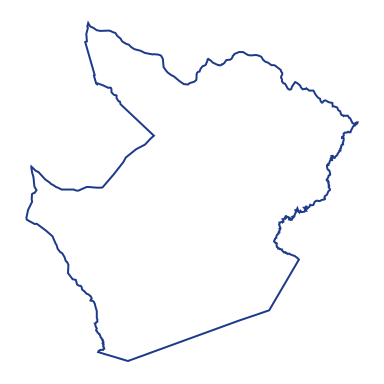 Chikankanta, Southern, Zambia
{"feature_id": "96606910B6098711564137", "entity_name": "Chikankanta", "entity_type": "district", "adm_level": 2, "iso_a3": "ZMB", "parent_name": "Zambia", "parent_adm1": "Southern", "projection": "natural_earth1", "projection_center": [28.303, -16.032], "detail": "fine", "context": "isolated", "style": "outline", "palette": "blue", "viewbox_px": 384, "rotation_deg": 0, "n_neighbors": 0, "source": "geoboundaries", "source_scale": "gbopen_adm2", "svg_char_len": 5895}
<svg xmlns="http://www.w3.org/2000/svg" viewBox="0 0 384 384"><path d="M357.6,122.3L356.9,122.3L354.6,123.6L353.5,123.6L352.5,123.1L350.1,118.2L349.1,117.8L347.9,115.8L346.9,115.6L345.5,115.9L344.0,115.5L343.5,116.0L342.7,115.3L341.6,115.0L341.0,114.1L340.2,111.3L338.3,110.2L337.1,107.4L335.5,107.0L334.7,106.5L332.7,106.4L332.3,102.9L329.0,102.3L325.4,100.4L323.9,100.8L322.5,102.5L322.1,102.7L321.5,102.3L320.6,101.1L320.0,98.7L318.2,97.8L316.1,95.4L314.5,92.7L314.1,91.6L313.3,90.6L309.2,90.6L306.3,88.3L305.4,89.1L304.6,88.9L302.6,89.3L300.8,87.2L300.2,85.6L297.1,83.0L295.1,82.1L291.9,86.8L291.2,89.1L289.8,89.7L288.5,89.1L287.8,88.6L285.1,83.8L283.3,83.2L282.0,81.3L281.9,79.0L281.2,78.0L281.0,77.0L282.2,74.4L282.3,73.5L282.1,72.7L281.1,71.5L280.8,70.0L275.0,65.5L274.0,65.2L271.3,65.1L268.3,62.8L265.0,61.5L263.0,59.7L261.6,57.2L260.8,56.5L258.0,55.4L256.1,55.0L250.9,55.4L248.2,55.1L245.5,53.6L243.3,52.1L239.2,52.0L234.4,54.0L233.7,55.2L232.7,56.0L232.6,56.9L231.4,58.9L230.0,59.7L226.3,60.1L224.4,62.9L223.1,64.0L222.0,64.2L221.6,64.9L220.2,65.4L218.8,65.0L218.3,65.2L212.8,62.6L210.9,60.7L208.2,58.9L207.5,59.6L207.6,60.2L205.7,64.8L204.5,65.6L202.8,66.1L200.7,68.6L199.5,71.6L198.2,71.8L197.2,72.7L196.6,74.2L196.5,78.4L196.2,80.1L194.1,81.8L189.7,83.1L188.0,84.5L183.8,84.1L179.1,80.8L173.9,76.4L171.4,75.2L167.9,72.7L166.1,70.7L163.6,67.1L162.9,59.1L161.3,56.0L160.6,55.4L158.3,54.6L153.9,54.2L152.4,54.4L144.8,52.9L140.7,50.8L134.5,49.2L131.3,47.2L128.8,44.7L126.1,43.8L122.7,41.8L121.8,40.9L120.6,38.7L117.3,35.9L115.3,32.9L112.9,32.2L110.6,31.0L108.8,30.6L100.2,30.9L96.7,30.2L92.9,27.6L91.0,26.9L89.8,25.9L88.2,23.0L87.3,26.4L87.9,27.9L86.3,33.9L86.9,41.4L85.2,42.0L94.7,75.1L93.9,75.5L96.1,83.4L96.9,84.1L97.0,83.2L103.2,85.4L108.2,87.8L110.4,87.6L110.8,87.8L111.4,88.9L111.5,92.3L113.8,94.7L114.7,95.1L116.1,95.2L116.6,95.6L116.5,98.0L118.5,101.2L119.9,101.6L120.5,104.2L153.9,135.7L150.3,138.9L145.0,144.6L136.3,149.1L125.8,157.5L123.2,162.3L113.6,174.5L102.7,187.2L101.5,187.7L96.9,187.7L87.9,186.9L86.3,187.1L78.2,190.7L76.0,190.5L73.7,189.5L61.5,189.5L58.3,187.8L56.2,187.1L53.7,185.4L51.0,183.9L49.7,182.6L45.2,179.4L38.6,172.2L35.6,170.7L31.4,166.6L31.3,167.6L32.1,172.4L33.5,177.4L34.4,186.6L36.5,190.2L34.6,192.9L32.7,193.5L32.0,194.2L31.7,199.4L32.1,201.5L32.0,202.0L28.1,209.8L26.4,217.8L26.8,219.7L34.6,224.0L36.8,223.8L45.7,230.4L52.5,236.3L55.4,243.1L56.6,245.2L57.7,248.9L60.2,252.1L62.2,253.2L64.5,257.1L65.8,261.0L67.2,262.2L68.4,264.8L68.0,273.1L72.6,279.2L75.8,279.9L77.1,284.5L79.1,285.8L80.6,285.8L81.6,287.0L82.1,289.5L84.7,291.6L86.1,293.4L88.5,294.5L90.7,296.3L91.7,298.2L90.5,300.5L90.9,300.6L91.4,300.4L91.6,300.8L92.3,300.8L93.6,301.5L94.9,304.0L95.4,306.5L96.8,311.1L96.8,318.0L97.3,319.3L97.3,321.8L96.2,322.3L95.5,323.6L94.9,323.6L95.4,324.9L95.6,326.4L96.8,328.4L96.5,328.9L96.1,330.5L96.9,331.0L97.6,332.7L98.5,333.2L99.0,334.1L99.6,334.2L100.8,337.5L101.4,337.9L101.5,338.6L102.5,339.4L102.3,340.1L102.8,340.3L103.5,342.1L103.2,342.5L102.8,342.3L102.6,343.3L103.1,343.6L103.1,344.5L103.6,344.5L103.2,346.5L104.0,347.4L103.7,348.0L104.2,348.8L103.4,349.3L103.1,349.9L101.8,349.8L99.6,350.2L99.1,351.3L98.5,351.2L98.1,352.1L127.9,361.0L238.7,320.7L269.2,310.3L298.9,259.6L297.5,258.1L294.9,256.1L290.1,254.3L289.2,253.6L287.9,254.0L287.6,253.6L286.8,253.5L286.5,253.0L285.7,252.9L285.5,252.5L285.3,252.7L284.6,252.2L284.0,252.4L282.3,250.7L281.9,249.5L281.4,249.7L280.3,249.0L279.7,249.1L279.4,248.7L278.7,248.7L278.6,248.4L278.1,248.5L277.8,247.4L276.9,247.0L276.5,244.9L276.8,243.4L276.0,242.9L275.5,243.0L275.2,242.4L274.1,241.6L274.1,241.2L274.5,240.0L275.1,239.2L275.1,238.7L275.8,237.9L276.3,237.8L276.3,236.5L277.2,234.6L278.2,234.1L278.3,233.2L279.1,232.7L278.8,232.2L279.4,231.9L279.2,231.1L280.0,229.5L279.6,228.8L280.3,228.5L280.0,228.0L280.2,227.4L279.1,224.7L279.4,224.3L279.7,223.1L278.6,222.5L279.9,222.6L282.1,221.7L282.5,222.2L282.9,221.5L283.4,221.6L283.4,220.3L282.6,219.2L283.8,218.9L284.4,218.4L285.1,218.7L285.3,218.1L285.8,218.2L286.2,217.4L285.3,217.0L285.6,216.2L286.2,216.1L286.8,216.8L287.8,216.9L289.8,218.0L289.6,218.8L288.9,218.9L289.1,219.5L289.6,219.4L290.5,219.9L291.2,219.2L291.8,219.7L292.8,218.0L293.7,217.1L293.4,216.9L292.5,217.2L292.2,216.9L293.5,216.2L294.4,216.2L294.8,214.3L295.6,212.9L295.6,212.3L297.1,211.2L295.6,210.7L295.4,210.1L296.8,209.7L297.4,208.3L298.7,211.8L299.4,212.5L299.9,211.4L300.5,210.8L301.3,212.1L304.4,211.7L304.8,211.0L306.1,210.8L305.0,209.5L305.5,209.0L305.2,208.5L304.5,208.3L304.1,207.8L305.2,207.8L305.8,206.6L306.4,206.6L306.1,208.1L306.8,209.0L307.7,208.3L307.7,207.7L308.7,207.4L309.4,206.8L310.2,204.8L311.4,205.3L313.3,205.0L314.6,202.0L315.2,201.4L316.9,200.6L319.2,201.1L320.2,200.9L321.8,199.9L324.6,199.4L325.0,199.0L325.0,198.3L324.5,197.8L324.7,196.3L327.0,194.6L328.3,191.4L329.9,190.0L330.0,189.3L328.6,187.1L329.2,186.2L328.7,185.4L329.1,185.2L328.9,184.5L328.3,183.2L328.2,182.8L328.7,182.5L328.2,180.8L327.2,180.8L326.6,179.8L327.4,179.0L327.5,178.3L328.1,177.6L328.5,176.7L328.4,176.1L329.1,175.2L329.9,175.0L330.2,174.5L330.1,173.4L329.3,170.5L327.7,169.5L327.1,167.4L327.0,165.3L328.2,165.1L327.9,164.5L328.1,163.9L328.9,163.8L329.2,163.3L329.8,161.1L330.6,159.9L330.6,159.1L331.7,159.3L331.9,160.1L332.1,160.1L332.1,158.8L331.2,158.3L331.1,157.6L331.8,156.7L331.5,156.0L332.5,155.8L333.2,156.3L333.4,157.7L334.7,157.9L335.6,156.4L337.4,154.9L337.6,153.7L339.2,151.8L339.3,150.8L340.5,150.6L340.6,150.0L340.1,149.0L341.1,147.9L340.9,147.2L341.3,146.5L341.3,145.6L341.9,144.7L342.7,144.7L343.1,144.4L342.8,142.4L343.2,142.1L343.7,139.8L343.6,137.9L343.5,137.5L343.0,137.9L342.0,138.0L342.0,137.5L342.1,136.9L342.9,136.7L343.8,135.2L343.6,133.7L344.6,132.6L346.9,132.6L348.1,131.7L349.3,132.4L350.5,132.2L350.9,130.8L353.1,126.5L353.7,125.8L355.2,125.4L355.8,124.3L356.6,124.0L357.3,123.3L357.6,122.3Z" fill="none" stroke="#1e3a8a" stroke-width="2"/></svg>